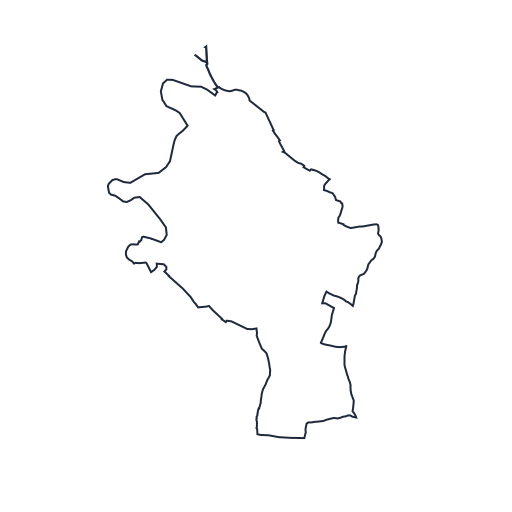 the district of Radesti, Alba, Romania, rotated 33°
{"feature_id": "2599482B76876393099506", "entity_name": "Radesti", "entity_type": "district", "adm_level": 2, "iso_a3": "ROU", "parent_name": "Romania", "parent_adm1": "Alba", "projection": "natural_earth1", "projection_center": [23.757, 46.248], "detail": "fine", "context": "isolated", "style": "outline", "palette": "slate", "viewbox_px": 512, "rotation_deg": 33, "n_neighbors": 0, "source": "geoboundaries", "source_scale": "gbopen_adm2", "svg_char_len": 6124}
<svg xmlns="http://www.w3.org/2000/svg" viewBox="0 0 512 512"><g transform="rotate(33 256 256)"><path d="M373.8,395.5L384.2,389.6L395.7,382.4L394.5,379.0L393.8,376.8L393.1,375.9L392.4,375.2L391.2,372.9L390.7,371.5L389.7,368.9L390.3,367.7L390.7,366.9L393.5,365.1L395.2,363.4L397.6,361.6L402.1,357.9L404.5,354.7L408.2,350.7L409.7,349.3L412.9,347.8L414.7,345.9L416.6,343.3L418.6,341.6L419.9,339.7L422.0,338.3L424.2,338.3L428.0,336.9L426.6,335.8L424.7,334.8L423.1,334.1L421.6,333.7L419.8,329.8L418.6,327.5L417.9,326.1L416.7,324.0L415.9,323.4L413.6,321.7L412.6,320.9L411.8,320.4L411.1,319.9L410.5,319.2L408.6,317.2L408.1,316.6L407.6,315.8L407.0,315.1L406.8,314.7L406.1,313.6L405.5,312.6L404.7,311.9L403.6,310.9L402.8,310.2L402.1,309.8L401.3,309.3L400.7,308.9L399.2,307.5L398.9,307.2L397.4,306.2L396.1,305.1L394.5,303.6L392.4,301.8L390.1,299.8L388.8,298.1L387.5,296.0L385.9,293.6L384.6,291.4L382.7,287.5L381.9,285.4L381.2,283.3L380.8,282.4L380.6,282.4L380.4,283.0L379.9,283.7L379.2,284.4L378.4,284.8L377.4,285.6L376.6,286.4L376.1,286.7L372.2,288.8L366.3,290.9L364.1,291.9L360.9,293.0L358.3,293.6L357.7,293.5L357.1,289.7L355.9,283.6L355.6,280.6L356.0,277.5L355.9,275.4L355.6,273.3L354.7,270.4L354.0,268.8L351.9,264.5L350.5,259.8L349.8,257.2L343.9,257.6L340.1,257.8L337.3,259.6L335.5,253.6L335.1,251.7L334.6,248.5L334.5,247.5L336.0,247.5L338.3,247.4L343.3,246.7L345.1,246.0L347.3,245.4L349.1,245.1L351.8,244.7L354.5,244.7L356.1,245.1L358.4,244.6L360.9,244.7L362.4,244.8L364.4,245.1L363.7,242.8L362.4,239.8L361.3,237.2L360.7,235.7L360.5,234.9L360.4,233.0L359.6,231.5L358.6,229.0L357.5,226.9L356.5,225.3L356.4,223.9L355.7,221.8L355.2,220.8L354.5,219.8L353.9,219.1L353.6,217.0L353.9,215.5L355.2,213.7L356.2,212.3L356.4,210.2L356.5,208.2L356.4,206.4L355.8,204.7L355.1,202.9L354.8,201.6L355.0,199.0L355.0,197.2L356.0,194.4L356.1,192.3L355.9,191.0L355.4,189.9L354.9,188.6L354.6,186.8L354.5,185.9L354.7,184.7L355.1,182.9L354.9,181.7L354.6,180.2L354.6,179.2L354.6,178.1L354.3,177.5L353.9,175.6L353.2,174.9L352.8,174.3L351.4,172.9L350.3,172.1L349.2,171.7L348.2,171.6L347.2,171.3L346.1,170.7L344.8,167.6L343.8,166.2L342.1,164.1L341.1,163.5L339.8,163.8L337.5,165.5L329.8,172.8L326.2,175.4L323.8,177.7L321.6,179.7L320.1,181.0L319.0,181.3L315.6,182.0L312.7,182.3L312.1,181.7L306.8,183.2L305.3,181.2L304.2,178.8L304.3,176.9L303.9,174.7L303.3,172.6L302.7,170.8L302.2,168.7L301.5,167.1L299.7,165.0L298.5,165.1L297.0,164.3L294.3,165.1L292.6,165.5L290.2,163.4L287.8,162.3L286.1,161.7L285.0,161.8L283.2,162.4L281.3,162.6L279.8,162.9L277.0,163.7L276.2,162.0L275.2,160.5L274.8,159.3L274.9,157.3L275.2,155.9L275.4,154.3L275.7,152.4L276.0,151.5L274.9,151.5L273.3,151.5L272.0,151.3L270.5,151.2L268.9,151.3L266.3,151.5L265.3,151.4L262.9,151.4L260.5,151.7L257.2,152.5L257.0,152.9L255.5,153.0L255.0,153.4L254.8,154.4L254.7,155.1L251.0,155.5L247.5,155.6L247.5,154.2L246.4,154.0L244.3,154.0L243.6,154.0L242.6,154.3L241.3,154.8L240.0,155.0L236.4,155.0L235.3,154.9L233.9,154.7L232.4,154.6L230.2,154.3L228.0,154.1L225.8,153.8L223.7,153.6L221.8,154.0L222.4,152.6L216.2,149.3L213.9,148.0L212.7,147.1L212.7,146.7L213.0,146.0L208.6,144.3L205.8,143.3L203.8,142.5L201.8,141.6L202.2,140.7L200.7,139.9L196.8,137.4L185.8,130.5L184.2,130.8L166.0,129.1L164.3,127.4L162.4,126.3L160.6,125.4L158.8,125.0L156.4,125.0L153.5,125.4L151.7,126.2L149.1,127.1L147.5,128.3L146.0,130.4L144.6,131.8L143.1,132.8L141.0,133.5L139.6,134.0L137.0,134.5L134.8,134.7L133.4,134.5L133.1,134.4L132.5,135.4L130.6,134.7L128.9,134.0L128.2,133.8L127.7,133.5L126.3,132.9L120.1,129.5L118.9,128.6L118.2,128.3L117.5,127.9L116.7,127.3L115.3,126.3L114.5,125.7L113.2,124.9L112.2,124.3L111.1,123.5L110.4,122.9L110.4,122.5L110.6,122.2L110.7,121.6L110.6,121.3L109.4,119.9L108.9,119.3L104.8,113.6L102.7,110.8L100.6,108.0L100.1,107.3L99.7,108.6L100.2,108.5L100.7,108.6L101.4,109.5L105.1,114.7L107.0,117.2L108.9,119.8L109.2,120.1L108.7,120.3L107.8,120.4L105.7,121.0L104.5,121.2L103.7,121.4L102.3,121.2L96.0,120.5L95.9,120.7L102.4,121.4L103.7,121.6L104.6,121.5L105.7,121.2L107.9,120.7L108.7,120.6L109.4,120.3L110.0,121.1L110.5,121.5L110.5,121.8L110.3,122.2L110.1,122.6L110.2,123.0L111.3,124.0L112.8,124.9L115.0,126.3L116.4,127.3L117.9,128.4L120.3,129.8L124.1,131.9L126.5,133.1L127.9,133.8L130.2,134.8L132.3,135.6L130.1,138.7L131.6,138.7L132.6,138.9L134.4,139.7L134.1,140.6L134.2,141.7L134.3,143.6L124.5,143.1L117.8,143.9L109.3,149.0L97.0,152.0L90.1,153.7L85.4,156.6L84.0,161.8L86.5,169.7L92.3,175.9L99.3,179.1L109.4,177.6L114.0,177.6L127.7,184.0L126.3,191.1L124.7,195.8L124.0,198.7L124.8,203.5L126.0,207.0L132.2,223.3L132.2,230.3L129.1,239.3L118.4,247.9L110.7,263.1L104.9,266.0L97.6,267.3L95.8,268.6L94.2,270.5L93.2,275.6L93.6,277.8L94.5,279.0L98.4,283.0L101.0,283.5L105.1,282.1L110.1,282.2L114.9,282.6L118.3,281.0L120.6,277.4L122.2,273.4L126.3,269.9L137.5,271.4L155.7,277.4L164.9,281.1L169.6,286.9L170.1,292.6L169.0,296.1L159.0,298.4L159.0,298.5L158.4,298.5L151.1,301.1L150.3,302.0L150.2,302.4L151.2,305.4L150.8,306.0L150.7,307.4L150.0,307.5L150.5,310.7L149.4,311.6L146.3,313.3L145.7,313.7L144.7,314.7L144.1,316.2L143.8,317.8L144.4,322.7L145.2,324.3L146.6,326.1L148.6,327.6L151.6,328.1L155.2,328.0L157.8,328.8L158.8,327.3L162.0,325.6L167.0,321.6L168.0,321.6L176.8,326.7L177.7,324.3L178.2,323.5L178.8,319.1L176.9,316.5L183.1,313.2L186.8,314.0L188.1,316.1L187.6,318.9L193.8,320.0L193.8,320.4L204.4,322.0L212.4,323.2L223.6,326.0L229.2,328.5L231.3,329.0L235.5,330.6L242.1,325.3L243.8,323.5L249.2,325.0L261.7,327.2L261.7,327.7L266.7,327.9L266.7,326.2L271.0,324.2L288.4,322.0L292.5,319.6L295.9,316.5L297.3,318.4L298.6,319.7L299.9,322.4L302.4,324.3L306.4,327.2L311.3,330.5L312.1,330.8L313.2,330.8L315.5,331.3L317.6,331.8L318.4,332.3L321.6,335.1L322.9,336.3L325.7,339.2L327.1,340.8L328.5,342.4L329.3,343.1L330.2,344.2L331.8,347.2L332.6,348.4L332.9,351.0L333.0,353.6L334.0,358.5L334.5,364.2L336.0,368.8L337.1,370.9L338.7,374.5L339.8,376.3L341.2,380.7L341.3,382.4L341.7,382.4L341.6,383.7L342.2,385.4L342.9,386.6L343.0,387.3L343.9,388.8L344.2,390.9L345.0,391.6L345.3,392.9L347.2,394.7L349.8,398.8L350.0,400.0L351.2,400.5L354.3,404.7L357.5,403.5L364.2,399.5L373.8,395.5Z" fill="none" stroke="#1e293b" stroke-width="2"/></g></svg>